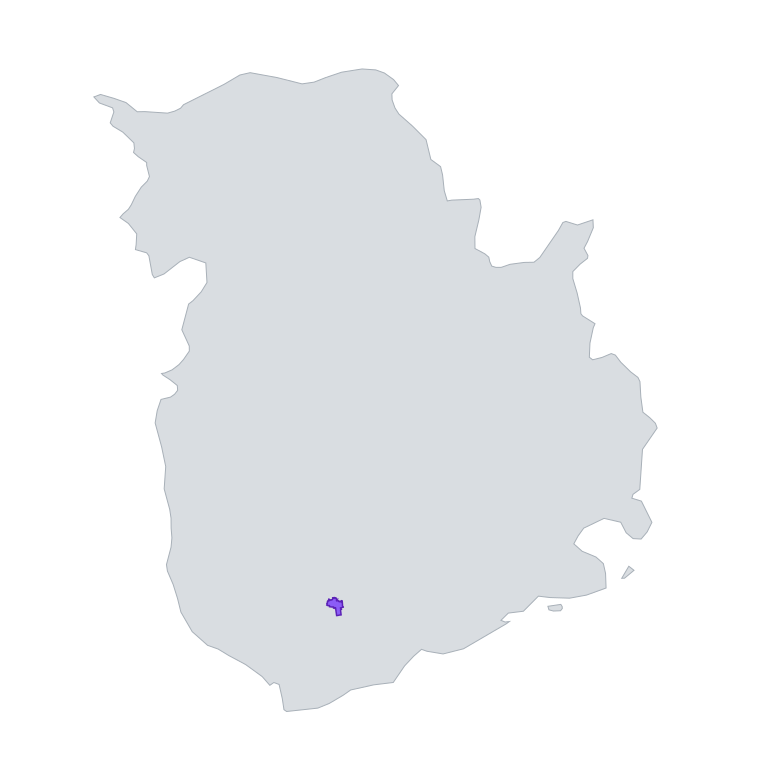 Battambang, Batdâmbâng, Cambodia shown in context, rotated 266°
{"feature_id": "14789045B54080121728178", "entity_name": "Battambang", "entity_type": "district", "adm_level": 2, "iso_a3": "KHM", "parent_name": "Cambodia", "parent_adm1": "Batdâmbâng", "projection": "orthographic", "projection_center": [103.179, 13.094], "detail": "fine", "context": "in_parent", "style": "filled", "palette": "violet", "viewbox_px": 768, "rotation_deg": 266, "n_neighbors": 0, "source": "geoboundaries", "source_scale": "gbopen_adm2", "svg_char_len": 5683}
<svg xmlns="http://www.w3.org/2000/svg" viewBox="0 0 768 768"><g transform="rotate(266 384 384)"><path d="M690.6,114.6L692.6,121.4L687.8,134.5L682.7,146.3L672.8,156.8L672.4,164.4L669.3,187.0L670.8,194.2L673.3,200.3L676.6,203.5L685.8,225.5L694.1,245.4L702.3,261.8L703.9,272.2L697.1,298.8L689.1,323.2L690.0,335.3L693.8,347.4L698.0,363.5L699.8,384.1L697.9,397.7L694.2,406.1L687.0,414.8L680.7,419.3L672.9,412.1L666.8,411.9L658.6,414.2L652.2,417.7L639.2,430.5L624.8,443.0L604.7,446.4L596.9,455.6L588.5,457.0L572.6,457.6L562.2,459.9L562.7,464.5L562.1,486.1L562.4,491.1L560.8,492.5L553.5,493.2L541.2,490.1L524.6,484.9L512.8,484.2L506.8,493.7L503.2,497.4L498.7,498.0L494.1,499.7L492.5,503.9L492.2,509.2L494.6,518.1L495.5,532.4L495.0,542.1L499.4,548.3L525.0,568.7L532.6,573.7L533.5,576.8L529.1,588.1L533.2,603.9L525.3,603.7L511.9,597.0L505.5,593.0L497.9,596.4L495.2,595.8L489.9,588.0L483.0,580.2L476.0,579.7L461.3,583.0L446.1,585.3L440.4,585.3L438.1,586.8L429.4,598.7L425.6,596.7L410.4,592.3L396.4,590.7L393.6,593.8L395.3,603.4L398.5,612.8L396.7,616.8L389.1,621.8L379.0,630.8L372.8,637.8L368.5,639.5L353.1,639.3L337.8,640.3L331.7,646.9L325.9,652.0L321.0,653.4L300.8,637.3L261.0,631.8L256.6,624.7L252.8,623.3L249.2,632.6L227.3,641.6L218.1,636.2L211.4,629.7L212.4,621.7L218.7,615.2L229.6,610.5L234.6,594.1L226.3,573.2L219.0,567.1L211.3,562.2L203.3,570.0L196.6,583.4L189.5,590.3L179.5,591.8L165.0,591.3L159.3,571.3L157.4,554.2L159.4,534.7L161.6,523.2L147.6,507.2L146.8,492.0L140.1,484.2L138.1,488.2L138.3,492.5L136.3,489.3L114.3,444.8L110.6,424.1L114.4,408.2L116.7,402.9L110.3,394.5L101.4,384.9L85.6,372.4L84.6,352.7L81.1,329.4L76.4,321.6L69.2,307.2L65.3,295.4L64.1,264.0L66.1,261.5L77.3,260.6L91.6,258.4L93.9,253.3L91.4,249.1L100.6,242.1L113.7,226.5L123.9,210.3L131.2,200.0L135.6,189.8L150.3,175.4L170.6,165.5L184.4,163.1L198.7,159.7L212.5,154.9L219.0,154.4L236.1,160.2L245.3,161.7L255.0,161.6L265.0,162.2L273.8,161.5L294.7,157.4L316.9,160.5L336.7,157.8L361.1,153.0L373.2,155.9L384.2,160.5L385.8,170.1L388.4,174.4L392.1,177.7L396.9,177.7L403.1,171.0L408.3,164.1L410.0,162.8L410.3,166.2L412.9,173.6L417.7,180.9L422.4,185.7L430.4,192.1L435.5,192.4L452.2,186.1L477.4,194.7L480.4,199.2L488.7,208.1L497.6,214.5L517.2,214.7L524.0,198.7L520.4,189.0L509.1,172.2L505.9,162.3L509.4,160.5L528.3,158.4L531.4,156.4L535.4,145.4L540.5,146.5L551.0,147.8L562.0,140.2L568.5,132.2L572.1,135.8L576.1,141.2L580.4,144.4L588.5,149.0L597.3,155.6L602.9,162.0L607.3,164.5L618.5,162.5L621.5,162.7L627.9,154.7L632.4,150.3L636.3,151.5L642.0,151.3L653.5,141.0L660.0,131.7L663.6,129.1L674.2,133.5L678.4,132.5L684.2,119.7L690.6,114.6ZM151.8,545.0L149.6,546.2L147.6,546.2L145.5,544.3L145.7,537.2L147.2,532.8L150.8,532.0L151.8,545.0ZM185.1,615.5L180.7,620.4L173.5,610.4L173.6,607.6L185.1,615.5Z" fill="#d9dde1" stroke="#a8b0b8" stroke-width="1"/><path d="M169.6,327.2L169.4,327.0L169.2,327.0L169.1,326.9L169.1,326.7L169.4,326.6L169.6,326.5L169.7,326.4L169.8,326.3L169.8,326.1L170.0,326.1L170.2,326.4L170.3,326.5L170.6,326.7L170.8,326.6L170.8,326.3L170.7,326.2L170.4,325.9L170.3,325.7L170.2,325.3L170.1,325.2L169.9,325.0L169.8,324.8L169.9,324.7L170.1,324.6L170.3,324.5L170.3,324.3L170.3,324.2L170.2,324.0L170.2,323.8L170.2,323.7L170.3,323.6L170.5,323.6L170.8,323.6L170.9,323.4L171.0,323.3L171.2,323.1L171.1,322.9L171.0,322.7L171.1,322.4L171.1,322.2L171.0,321.8L171.0,321.6L171.3,321.5L171.6,321.6L171.8,321.7L172.0,321.7L172.1,321.8L172.4,322.1L172.5,322.2L172.5,321.9L172.5,321.7L172.8,321.5L173.1,321.4L173.4,321.4L173.5,321.4L173.8,321.3L173.9,321.2L174.0,320.9L173.8,320.9L173.7,320.8L173.7,320.6L173.8,320.3L173.8,320.1L173.8,319.9L174.1,319.7L174.4,319.6L174.4,319.4L174.4,319.2L174.2,319.1L173.9,319.2L173.8,318.9L173.9,318.7L174.1,318.7L174.3,318.5L174.3,318.4L174.3,318.1L174.0,318.2L173.9,317.9L173.5,317.9L173.4,317.8L173.1,317.7L172.7,317.5L172.6,317.2L172.3,316.9L172.2,316.8L172.2,316.6L172.3,316.4L172.4,316.2L172.3,315.7L172.2,315.6L172.1,315.4L172.4,315.2L172.6,314.8L172.7,314.6L172.7,314.3L172.7,314.1L172.8,314.1L173.1,314.2L173.2,313.9L172.9,313.8L172.6,313.7L172.6,313.8L172.5,314.0L172.3,314.2L172.1,314.5L171.8,314.3L171.6,314.1L171.5,313.9L171.4,313.6L171.4,313.3L171.4,313.0L171.4,312.6L170.9,312.4L170.6,312.4L170.2,312.4L169.7,312.3L169.3,312.2L169.3,311.9L169.2,311.7L168.9,311.8L168.5,311.7L168.2,311.7L167.9,311.8L167.7,311.7L167.7,311.8L167.6,312.0L167.4,312.0L167.1,312.0L166.9,312.5L166.9,312.9L166.9,313.1L166.8,313.5L166.8,313.8L166.7,314.1L166.2,314.1L165.8,314.0L165.7,314.0L165.5,314.6L165.5,314.9L165.4,315.1L165.4,315.5L165.3,315.8L165.2,316.2L165.2,316.6L165.2,317.0L165.1,317.5L165.0,317.9L165.0,318.0L164.8,318.0L164.5,317.9L164.2,317.9L164.0,318.0L163.9,318.2L163.9,318.6L164.0,318.7L163.9,318.8L164.1,318.9L164.3,319.0L164.2,319.2L164.2,319.5L164.2,319.8L164.2,320.0L163.9,320.1L163.5,320.1L162.8,320.2L162.2,320.2L161.6,320.2L161.1,320.3L160.6,320.3L160.0,320.3L159.4,320.4L158.9,320.4L158.3,320.5L157.7,320.5L157.2,320.5L156.8,320.6L156.5,320.6L156.3,320.6L156.3,320.8L156.3,321.0L156.3,321.5L156.4,322.0L156.4,322.4L156.5,322.9L156.6,323.3L156.6,323.8L156.6,324.2L156.6,324.5L156.7,324.9L156.7,325.1L156.9,325.1L157.2,325.1L157.5,325.1L158.0,325.0L159.2,325.0L160.4,324.9L161.5,324.9L161.9,325.1L162.0,325.4L162.1,325.6L162.2,325.8L162.5,325.7L163.0,325.4L163.1,325.2L163.4,325.0L163.6,324.9L163.7,325.0L163.7,325.5L163.8,325.8L163.9,326.1L164.0,326.6L164.0,326.8L164.1,327.2L164.2,327.4L164.2,327.6L164.3,327.7L164.3,327.8L164.5,327.8L164.7,327.6L165.1,327.4L165.4,327.2L165.8,327.1L166.3,327.2L166.6,327.2L166.9,327.2L167.3,327.2L167.8,327.2L168.2,327.2L168.5,327.2L168.9,327.2L169.1,327.2L169.4,327.2L169.6,327.2Z" fill="#8b5cf6" stroke="#5b21b6" stroke-width="1.5"/></g></svg>